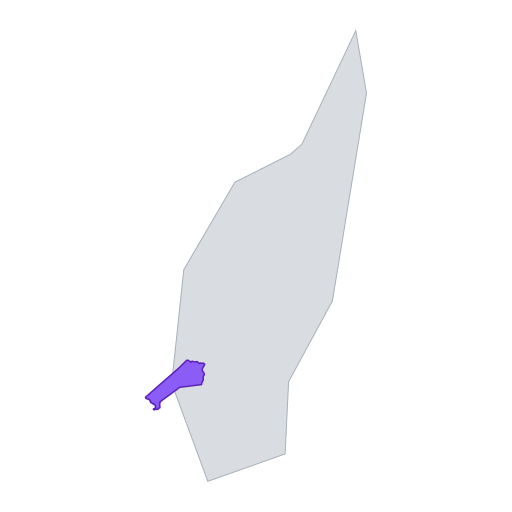 location of Ngerkeai, Aimeliik, Palau
{"feature_id": "81905179B59799521808446", "entity_name": "Ngerkeai", "entity_type": "district", "adm_level": 2, "iso_a3": "PLW", "parent_name": "Palau", "parent_adm1": "Aimeliik", "projection": "orthographic", "projection_center": [134.503, 7.436], "detail": "fine", "context": "in_parent", "style": "filled", "palette": "violet", "viewbox_px": 512, "rotation_deg": 0, "n_neighbors": 0, "source": "geoboundaries", "source_scale": "gbopen_adm2", "svg_char_len": 2016}
<svg xmlns="http://www.w3.org/2000/svg" viewBox="0 0 512 512"><path d="M285.1,453.9L207.8,481.3L171.7,383.3L183.8,269.6L234.9,182.2L290.5,154.2L301.9,144.2L355.8,30.7L366.5,93.3L332.4,300.9L288.6,381.7L285.1,453.9Z" fill="#d9dde1" stroke="#a8b0b8" stroke-width="1"/><path d="M179.4,367.5L179.2,367.7L145.5,397.2L145.5,397.5L145.6,397.8L145.8,398.1L145.9,398.4L146.2,398.4L146.4,398.5L146.9,398.8L147.3,399.0L147.6,399.0L147.9,398.9L148.0,399.1L148.3,399.4L148.7,399.4L149.0,399.5L149.5,399.9L149.8,400.1L150.1,400.3L150.1,400.5L150.0,400.9L150.2,401.3L150.3,401.5L150.5,401.5L150.6,401.4L150.7,401.5L150.6,402.0L150.8,402.2L150.8,402.5L151.0,402.6L151.3,402.8L151.7,403.0L152.2,403.2L152.3,403.4L152.4,403.5L152.5,403.6L152.8,403.7L153.0,403.6L153.3,403.7L153.6,404.1L153.9,404.3L154.0,404.4L154.3,404.5L154.5,404.5L154.6,404.4L154.7,404.6L154.8,404.8L154.9,405.1L155.1,405.3L155.1,405.6L155.4,405.8L155.6,406.3L155.6,406.5L155.7,406.8L155.5,407.2L155.4,407.3L155.3,407.5L155.2,407.7L155.2,407.8L155.0,408.0L154.9,408.4L154.5,408.7L154.4,408.6L153.6,408.9L153.4,409.1L153.4,409.3L153.5,409.6L153.9,409.6L154.3,409.8L154.5,409.8L154.6,409.6L154.5,409.3L154.7,409.1L156.3,409.5L156.6,409.5L156.9,409.4L157.4,409.3L157.7,409.2L157.9,409.2L157.7,408.6L157.8,408.7L158.1,408.6L158.2,408.4L158.6,408.3L158.6,408.2L158.9,408.1L159.2,408.1L159.9,407.7L159.7,403.7L160.1,402.7L159.7,402.1L179.7,387.3L201.5,384.6L202.0,382.5L202.3,381.7L202.7,381.1L203.2,380.2L203.3,379.6L203.3,379.0L203.1,377.7L203.2,376.8L203.3,376.3L203.6,375.8L204.1,375.1L204.3,374.4L204.2,373.7L204.0,373.2L202.4,370.6L202.2,370.0L202.2,369.2L202.5,368.5L203.0,367.6L204.0,365.8L204.4,365.1L204.7,364.1L203.6,363.4L202.9,363.0L202.6,363.1L201.3,363.4L200.8,363.2L200.2,362.9L199.9,363.1L199.2,363.5L198.7,363.2L198.3,362.6L197.0,361.5L196.0,361.8L194.8,361.9L193.2,361.6L192.3,361.2L192.0,361.2L191.7,361.4L191.1,362.3L189.1,360.9L188.6,360.5L188.0,360.2L187.6,360.3L186.7,360.3L179.4,367.5Z" fill="#8b5cf6" stroke="#5b21b6" stroke-width="1.5"/></svg>